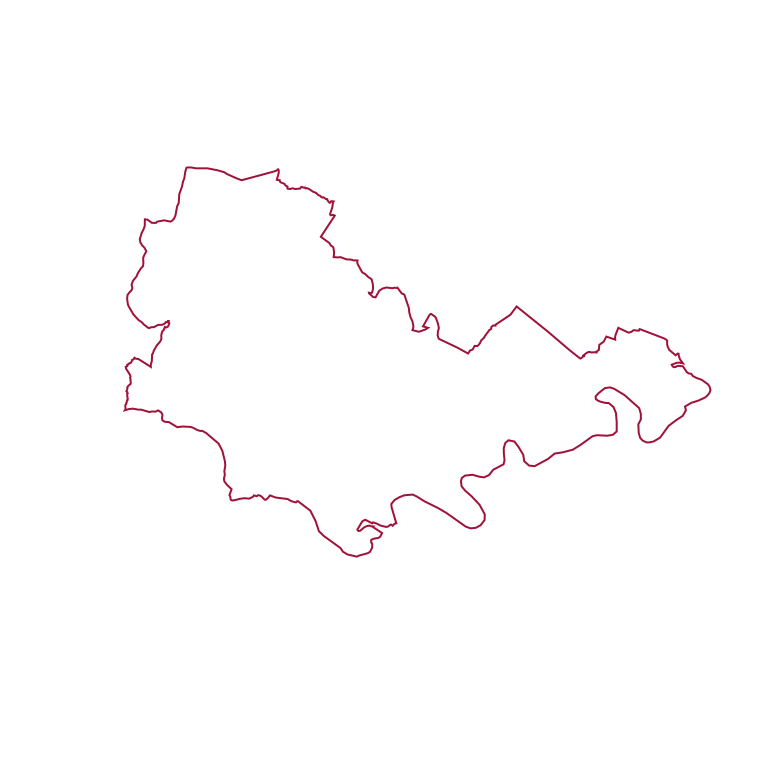 the district of Ion Creanga, Neamt, Romania, rotated 209°
{"feature_id": "2599482B59992894618457", "entity_name": "Ion Creanga", "entity_type": "district", "adm_level": 2, "iso_a3": "ROU", "parent_name": "Romania", "parent_adm1": "Neamt", "projection": "robinson", "projection_center": [27.026, 46.861], "detail": "fine", "context": "isolated", "style": "outline", "palette": "rose", "viewbox_px": 768, "rotation_deg": 209, "n_neighbors": 0, "source": "geoboundaries", "source_scale": "gbopen_adm2", "svg_char_len": 6161}
<svg xmlns="http://www.w3.org/2000/svg" viewBox="0 0 768 768"><g transform="rotate(209 384 384)"><path d="M120.1,541.8L122.8,541.0L124.8,541.1L131.1,544.4L135.6,542.5L136.8,541.2L137.0,540.4L138.5,539.3L140.0,539.3L141.7,540.4L138.2,544.5L136.2,545.8L132.5,547.0L137.2,549.1L140.4,552.2L141.0,553.3L141.9,553.0L142.9,550.5L151.0,552.1L153.9,554.1L155.7,556.1L157.3,559.1L158.0,559.5L160.9,559.7L187.0,556.0L187.0,554.1L191.9,552.0L192.7,549.9L194.8,547.5L206.3,546.7L205.4,540.0L204.7,537.1L203.3,534.9L212.5,533.3L212.4,527.5L214.7,522.6L212.6,518.0L213.3,516.8L213.3,515.7L214.0,515.0L213.6,514.5L216.1,513.4L217.4,512.3L219.5,511.8L220.8,511.0L222.3,508.5L222.9,507.0L222.7,506.3L223.1,506.4L223.6,505.5L223.1,505.1L223.5,504.9L223.4,503.5L224.7,501.4L237.2,503.4L265.7,509.2L305.6,516.1L307.0,505.9L315.2,489.9L314.8,489.1L316.6,488.3L317.3,487.2L317.7,485.9L317.0,483.8L318.0,482.3L319.1,474.0L318.8,473.2L320.1,469.5L319.9,466.0L320.3,463.6L320.8,462.4L323.2,461.3L323.2,457.1L325.1,454.8L325.0,453.3L325.3,451.4L337.2,451.4L357.5,450.1L358.7,450.6L360.7,452.6L362.3,456.1L363.1,459.5L366.2,463.1L370.3,466.7L372.2,467.7L376.7,468.1L377.2,467.8L377.7,466.4L377.8,453.3L372.7,454.5L374.4,451.5L378.8,446.6L385.2,444.9L386.0,448.4L389.4,452.5L393.1,455.2L396.8,459.1L399.0,462.4L409.6,472.1L412.4,471.8L419.1,474.8L419.9,473.9L421.7,473.2L422.8,472.0L428.8,469.5L431.6,466.7L433.4,463.2L433.4,455.7L435.5,454.8L441.0,456.0L441.4,456.5L439.5,456.9L438.7,458.2L439.9,462.4L442.1,465.8L445.6,469.6L449.6,469.9L453.8,471.1L456.3,471.0L457.7,471.4L465.0,476.0L466.2,477.1L467.1,479.2L470.7,477.3L473.3,476.8L477.2,474.8L483.5,473.9L485.6,472.4L489.5,470.6L491.4,474.9L494.6,479.0L497.7,479.4L500.1,480.8L510.6,482.1L508.7,507.4L510.1,507.4L512.5,505.7L513.5,506.4L514.9,513.5L516.7,518.3L516.6,519.2L518.7,518.4L519.1,516.3L519.4,516.1L521.9,516.9L523.3,518.1L524.7,517.6L527.4,518.0L528.2,517.3L529.4,517.1L531.1,517.6L533.2,517.4L536.0,518.2L539.4,517.8L544.4,518.2L546.7,517.8L547.5,517.0L548.5,517.5L549.2,516.9L551.8,516.4L552.2,514.2L556.3,511.4L558.8,510.9L560.4,509.2L562.8,508.1L563.4,508.3L564.1,509.9L566.3,509.8L568.0,510.8L572.2,510.3L573.4,510.7L574.0,511.7L576.7,510.6L578.5,517.8L579.5,519.6L580.5,520.5L580.8,520.4L581.7,518.2L583.2,516.6L607.3,493.2L612.6,492.4L623.0,491.5L626.3,491.8L633.3,490.2L642.8,487.1L652.8,481.6L657.6,479.9L661.2,477.9L661.6,477.3L660.7,473.2L658.4,467.2L657.9,463.6L656.3,458.4L655.1,450.8L651.3,442.8L651.1,439.2L648.1,430.2L647.8,426.7L648.6,423.8L649.5,422.5L655.5,420.6L659.9,417.1L661.3,415.7L661.5,414.5L662.1,414.0L665.3,412.4L670.4,413.1L673.0,412.1L669.9,406.3L669.2,402.0L669.2,398.8L667.8,392.3L665.6,389.6L662.5,387.9L659.7,387.1L656.2,384.9L656.2,380.8L655.8,377.6L653.1,373.1L651.9,370.3L652.6,367.5L653.0,361.9L652.6,357.9L653.6,352.6L652.9,348.5L650.8,346.2L650.3,344.9L650.4,342.6L650.9,341.5L651.5,337.6L650.1,334.2L646.8,329.7L645.5,328.5L636.8,323.3L629.9,321.0L625.8,320.6L622.9,319.6L617.5,318.8L616.3,319.1L615.5,320.5L612.7,322.3L610.2,326.2L606.9,328.1L605.1,330.5L604.8,332.4L603.7,332.7L603.6,334.3L602.8,334.7L602.6,333.6L601.7,333.5L601.1,332.9L600.8,329.5L601.9,327.8L603.3,327.7L602.9,324.3L603.4,322.4L602.6,319.0L600.7,315.7L600.4,314.2L600.4,312.2L601.4,307.7L601.5,301.5L600.9,298.7L601.2,297.6L598.2,291.5L597.3,287.7L596.2,285.9L611.0,286.8L613.0,285.9L615.0,286.0L614.9,284.4L616.0,282.8L615.7,282.5L615.7,279.6L616.8,278.6L617.2,277.7L617.0,277.3L617.9,276.4L617.2,275.1L618.2,273.8L617.2,272.5L610.7,268.9L609.3,267.6L609.1,266.3L608.3,265.7L605.6,261.4L606.8,258.2L606.9,256.6L606.3,256.0L605.7,252.7L604.6,252.5L604.1,251.5L603.7,251.5L603.8,250.8L602.6,248.8L600.8,246.7L600.9,246.0L600.5,245.6L600.8,245.1L600.1,242.9L600.3,242.4L599.7,241.6L600.0,240.0L597.9,236.7L597.9,235.4L595.3,238.1L591.9,240.6L586.1,242.6L584.1,243.8L575.7,245.7L573.6,247.5L570.4,249.1L568.7,251.4L565.3,251.2L563.7,250.5L562.4,248.9L561.8,246.8L560.2,244.8L557.4,244.7L553.6,246.4L543.9,246.0L539.5,249.2L532.5,252.6L529.6,253.2L524.9,253.2L521.9,253.9L520.2,254.9L515.7,254.9L499.8,251.7L492.9,247.1L485.7,239.3L483.3,235.8L481.4,230.4L479.1,227.3L478.1,223.5L476.4,221.4L472.5,219.7L466.3,218.1L465.3,211.9L463.4,210.5L462.4,208.9L461.2,208.3L460.0,208.7L457.7,210.5L454.6,213.5L451.1,216.2L446.2,218.5L443.8,222.1L443.8,223.5L441.0,224.1L440.1,225.8L438.4,226.3L436.6,226.2L432.3,225.0L431.3,225.4L430.3,227.9L429.7,231.3L423.7,232.2L412.4,236.7L408.5,236.6L404.3,237.5L403.5,237.9L403.3,239.1L402.5,239.8L387.0,237.5L377.2,230.8L369.6,223.7L363.0,221.9L342.4,219.4L338.6,217.4L333.3,217.2L323.9,219.9L322.9,221.6L316.4,227.9L314.9,230.3L315.0,235.2L316.8,238.5L318.3,239.1L319.6,241.3L318.3,243.4L314.5,246.5L313.3,248.3L313.4,252.7L324.8,253.6L324.6,254.1L326.4,253.3L328.1,253.1L330.0,251.5L331.7,249.3L333.7,244.1L335.0,243.1L336.1,243.2L336.7,243.9L336.5,251.5L336.3,253.7L334.5,256.2L326.8,256.4L326.6,257.6L322.5,258.4L318.8,258.4L312.9,260.0L311.4,261.2L310.1,264.2L309.6,264.5L307.7,264.2L307.1,266.7L305.7,268.1L317.8,280.1L319.4,282.6L318.6,287.5L315.7,292.4L312.3,296.5L305.3,301.2L300.8,301.5L291.5,301.0L276.9,301.7L267.2,301.5L243.5,298.9L238.3,299.7L233.9,302.8L231.0,307.4L230.1,313.8L232.7,318.9L241.9,324.7L253.1,328.3L261.1,330.0L266.5,332.1L269.4,336.0L270.4,339.4L268.8,343.1L262.6,347.5L255.5,349.2L251.3,350.8L248.0,355.2L246.9,362.0L240.5,371.7L241.6,375.7L245.4,381.2L248.2,386.0L249.3,391.2L247.9,395.1L242.1,396.9L236.1,394.3L227.9,389.6L223.9,384.4L217.5,383.0L212.4,385.2L204.3,397.8L201.0,405.9L194.4,411.0L187.0,418.1L182.7,425.8L176.3,439.4L173.0,442.4L163.5,447.1L159.1,450.7L157.5,455.3L158.9,457.9L162.0,463.5L167.0,471.0L172.1,475.1L178.1,476.3L181.4,474.7L186.5,473.4L188.8,473.2L191.3,473.5L192.9,475.6L191.9,480.0L188.8,487.5L184.7,490.6L180.4,491.4L168.2,490.9L149.1,486.6L144.9,482.4L142.2,477.6L142.0,472.0L137.5,464.7L134.0,461.2L130.4,459.9L126.1,460.2L123.4,461.7L120.3,464.5L116.5,471.0L114.8,485.3L110.9,494.1L107.3,500.9L107.2,507.4L109.8,510.2L106.1,516.5L101.0,521.9L96.8,527.6L95.8,529.9L95.0,533.7L95.5,537.0L98.0,539.6L100.5,540.8L108.3,541.7L113.4,540.8L117.6,540.7L120.1,541.8Z" fill="none" stroke="#9f1239" stroke-width="2"/></g></svg>